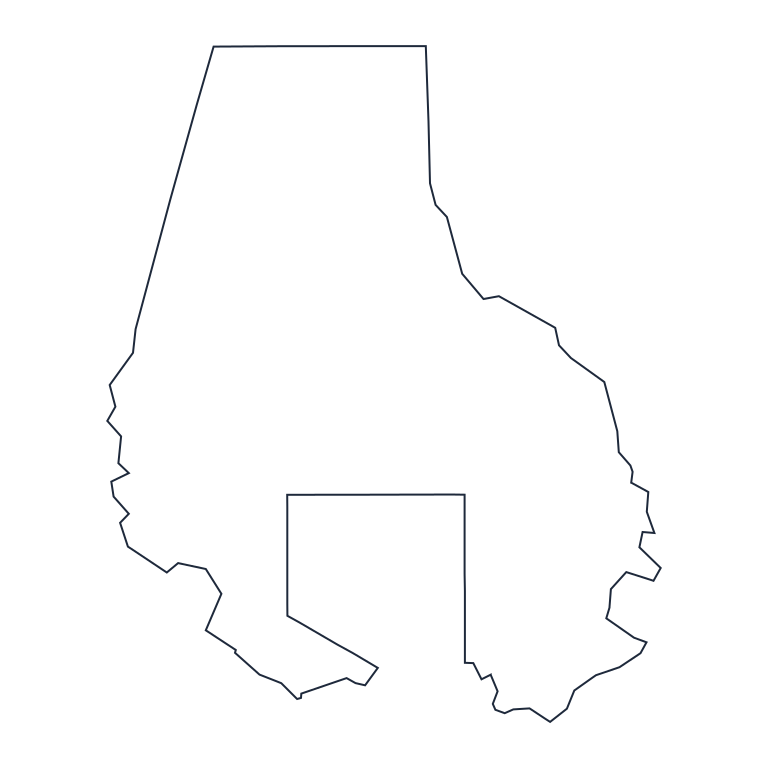 outline of Baltimore, Maryland, United States of America
{"feature_id": "52423323B66089118468318", "entity_name": "Baltimore", "entity_type": "district", "adm_level": 2, "iso_a3": "USA", "parent_name": "United States of America", "parent_adm1": "Maryland", "projection": "equal_earth", "projection_center": [-76.574, 39.458], "detail": "fine", "context": "isolated", "style": "outline", "palette": "slate", "viewbox_px": 768, "rotation_deg": 0, "n_neighbors": 0, "source": "geoboundaries", "source_scale": "gbopen_adm2", "svg_char_len": 1511}
<svg xmlns="http://www.w3.org/2000/svg" viewBox="0 0 768 768"><path d="M213.6,46.6L196.8,104.6L170.4,199.1L135.6,329.1L133.0,352.8L109.7,385.0L115.4,406.7L107.3,420.9L121.1,436.4L118.4,463.2L128.8,473.1L111.3,481.6L113.6,496.6L128.8,513.8L120.1,522.8L127.9,546.6L166.8,572.5L178.1,563.1L205.8,569.0L221.4,593.8L205.8,630.3L235.8,650.0L235.0,652.8L259.5,674.6L275.8,681.0L281.3,683.2L297.1,699.0L301.0,697.9L301.3,693.6L346.6,678.1L355.5,683.1L365.1,685.3L377.8,667.9L352.7,653.0L337.4,644.6L313.2,630.5L299.3,622.4L287.4,615.8L287.3,603.5L287.3,517.4L287.3,506.6L287.2,494.8L370.4,494.7L413.4,494.6L425.3,494.6L450.5,494.5L464.6,494.7L464.6,514.6L464.6,515.9L464.6,574.0L464.9,591.1L464.9,662.8L473.3,663.1L481.5,679.3L490.7,674.7L490.7,674.8L494.9,684.8L497.6,691.3L492.8,703.9L495.4,709.8L504.7,713.2L513.3,709.4L529.5,708.4L531.4,709.6L545.0,718.6L550.1,721.9L566.9,708.7L574.3,690.5L592.8,677.4L596.0,675.2L619.5,667.2L640.5,653.2L646.5,642.3L634.0,637.7L606.7,618.6L606.3,618.3L609.5,607.6L609.5,607.2L610.9,589.1L611.1,588.9L625.0,573.5L626.3,572.1L649.9,579.6L653.5,580.8L660.7,568.0L639.4,547.3L640.2,543.5L641.6,536.8L642.6,532.0L654.4,533.0L646.8,511.8L648.3,492.0L631.5,482.8L631.2,482.7L632.6,471.8L630.4,465.5L618.8,452.2L617.3,431.2L604.3,382.0L570.9,358.0L559.0,345.3L555.2,327.8L498.9,296.2L483.5,299.0L462.2,273.8L446.9,217.0L435.6,204.9L430.0,183.3L428.5,121.5L425.8,46.1L425.7,46.1L386.5,46.1L300.8,46.2L286.8,46.2L283.2,46.2L213.6,46.6Z" fill="none" stroke="#1e293b" stroke-width="2"/></svg>